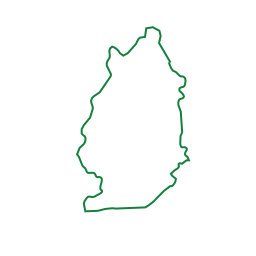 outline of Verona, rotated 231°
{"feature_id": "ITA-5464", "entity_name": "Verona", "entity_type": "Province", "adm_level": 1, "iso_a3": "ITA", "parent_name": "Italy", "parent_adm1": "", "projection": "natural_earth1", "projection_center": [11.016, 45.444], "detail": "fine", "context": "isolated", "style": "outline", "palette": "green", "viewbox_px": 256, "rotation_deg": 231, "n_neighbors": 0, "source": "natural_earth", "source_scale": "10m", "svg_char_len": 2333}
<svg xmlns="http://www.w3.org/2000/svg" viewBox="0 0 256 256"><g transform="rotate(231 128 128)"><path d="M139.5,71.8L142.9,77.7L143.4,83.8L144.0,85.4L144.9,86.8L146.0,87.9L147.2,88.8L148.7,89.2L151.5,88.5L153.0,88.6L156.3,91.3L158.0,95.6L160.0,105.2L165.4,113.1L167.8,114.4L170.3,115.2L172.5,116.5L174.0,119.2L174.1,122.2L173.5,128.4L179.1,147.0L179.8,148.0L180.8,148.7L189.7,150.7L191.7,152.2L192.8,153.9L194.3,158.0L195.5,159.3L199.7,162.0L201.1,164.1L201.2,166.9L198.9,168.2L196.3,168.9L193.7,169.1L191.2,168.8L187.2,169.9L186.3,174.8L188.3,187.0L190.5,191.8L190.7,194.0L189.4,196.4L189.1,196.9L188.1,198.6L194.0,204.9L190.7,210.7L183.8,213.6L179.0,211.3L174.5,205.6L153.3,202.4L152.3,200.6L147.0,199.1L145.0,199.0L143.7,199.1L143.1,199.6L142.1,200.1L140.8,200.5L135.9,201.0L135.2,201.3L134.6,201.9L133.9,202.7L132.6,203.5L131.4,203.7L130.3,203.5L128.9,202.7L128.1,202.1L126.0,199.7L125.6,199.1L125.3,198.4L125.1,197.6L125.2,196.8L125.5,196.1L126.2,194.7L126.4,193.9L126.3,193.0L125.4,191.9L124.6,191.5L123.6,191.5L121.2,191.9L119.1,191.9L118.0,191.6L117.2,191.2L117.0,190.8L116.8,190.3L116.7,189.6L116.8,189.0L117.0,188.4L117.6,187.0L117.7,186.4L117.8,185.8L117.5,185.0L117.0,184.2L115.7,182.7L114.7,182.0L113.4,181.3L107.5,179.3L90.7,167.5L90.3,166.9L89.3,164.9L88.5,163.6L83.0,158.8L81.4,157.9L80.0,157.5L79.3,157.7L78.7,158.2L77.8,159.4L77.3,160.0L76.6,160.5L75.6,160.8L74.8,160.6L74.3,160.2L73.9,159.5L73.3,157.9L72.8,157.0L71.9,155.9L71.0,155.5L70.1,155.5L68.2,156.0L64.5,155.0L66.1,153.0L66.2,147.6L68.1,146.0L68.1,144.6L65.9,143.2L65.4,141.3L65.8,137.0L65.4,132.5L62.8,132.3L58.4,133.3L58.3,133.2L56.4,130.9L55.5,128.5L55.2,127.0L55.2,125.8L55.9,124.5L56.3,124.2L56.5,116.0L54.8,101.7L54.9,95.7L55.4,91.5L73.0,67.9L75.6,65.2L79.4,59.4L82.0,53.7L82.8,52.2L90.1,42.4L97.0,46.1L97.7,47.0L98.6,48.5L98.9,49.9L99.6,52.0L99.7,53.3L99.5,54.2L99.0,54.8L96.7,56.9L96.3,57.5L96.0,58.3L95.7,59.0L95.5,59.8L95.5,60.6L94.6,64.9L94.5,66.9L94.9,67.8L95.6,68.3L97.4,68.0L98.6,68.6L100.1,69.9L102.6,73.4L103.9,74.8L105.1,75.7L106.0,75.7L106.9,75.6L107.5,75.2L108.1,74.6L109.0,73.4L109.6,73.0L110.4,72.8L113.3,73.5L114.0,73.3L114.7,73.0L115.3,72.5L115.8,71.9L118.1,68.9L118.8,68.5L119.9,68.4L121.8,69.0L123.2,69.3L124.3,69.3L126.1,68.9L127.0,68.9L127.9,69.0L136.4,71.7L139.5,71.8Z" fill="none" stroke="#15803d" stroke-width="2"/></g></svg>